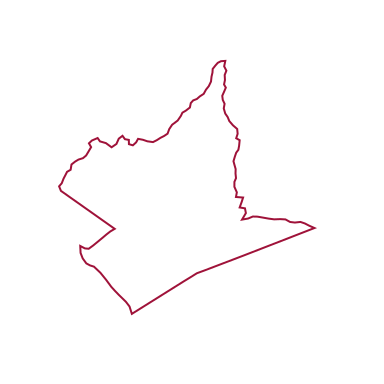 outline of São João do Sul, Santa Catarina, Brazil, rotated 109°
{"feature_id": "56859067B43932485433682", "entity_name": "São João do Sul", "entity_type": "district", "adm_level": 2, "iso_a3": "BRA", "parent_name": "Brazil", "parent_adm1": "Santa Catarina", "projection": "albers", "projection_center": [-49.843, -29.193], "detail": "fine", "context": "isolated", "style": "outline", "palette": "rose", "viewbox_px": 384, "rotation_deg": 109, "n_neighbors": 0, "source": "geoboundaries", "source_scale": "gbopen_adm2", "svg_char_len": 1779}
<svg xmlns="http://www.w3.org/2000/svg" viewBox="0 0 384 384"><g transform="rotate(109 192 192)"><path d="M187.5,94.7L188.9,99.7L191.1,105.4L192.2,110.8L193.0,115.9L194.0,122.1L195.4,126.5L198.8,130.3L201.8,135.7L194.4,134.2L190.2,136.6L191.1,141.9L185.5,141.8L180.6,141.9L182.4,148.8L177.7,149.5L173.3,153.6L168.6,155.2L164.6,154.9L160.3,156.9L156.1,158.2L152.5,160.7L149.4,162.8L144.5,163.0L140.4,163.0L137.0,161.9L133.0,162.5L127.5,163.8L126.8,167.7L122.1,167.8L117.7,169.8L115.6,175.0L112.8,179.8L109.5,182.7L107.0,186.1L102.6,189.2L98.0,189.9L94.9,192.9L91.2,194.7L86.5,194.3L82.3,194.0L79.9,196.7L75.4,197.3L70.7,199.2L66.1,199.0L62.7,202.5L57.2,203.2L58.9,207.2L61.5,209.7L64.9,211.1L68.9,212.5L72.5,211.5L76.5,211.1L81.4,210.0L86.5,210.6L90.7,212.1L95.4,212.9L99.0,215.7L102.5,217.7L105.0,220.7L108.3,222.1L112.8,221.5L117.2,224.4L120.1,226.9L123.7,227.3L129.1,228.8L134.9,232.7L139.9,234.0L144.8,234.1L148.1,236.6L151.0,239.4L154.4,242.1L157.5,245.1L158.6,250.7L158.6,255.4L159.3,260.3L163.3,261.0L167.1,263.1L167.3,267.2L163.3,268.7L163.9,272.6L161.5,276.0L165.4,278.6L171.2,279.1L175.9,282.6L173.8,289.3L174.1,295.5L171.7,298.8L175.9,303.4L179.5,305.3L182.4,302.0L188.3,303.2L192.0,304.0L195.5,306.1L198.3,309.9L201.3,312.4L205.2,314.9L210.5,314.0L213.6,316.7L217.2,317.2L221.2,317.8L226.1,318.0L229.9,319.5L233.6,316.3L252.0,253.1L255.9,256.4L259.9,259.0L263.6,261.2L274.7,268.0L279.3,271.2L280.2,274.9L279.4,280.1L285.9,277.5L290.4,273.7L293.9,268.7L294.6,264.6L294.5,260.4L298.2,252.3L303.0,244.6L307.9,237.5L310.6,232.6L313.1,227.7L317.3,218.8L320.6,213.8L326.8,209.2L279.4,170.9L273.6,166.1L267.2,160.9L261.9,154.4L235.0,122.2L186.2,64.5L185.7,70.3L185.0,75.0L185.0,79.7L187.4,84.8L188.4,89.5L187.5,94.7Z" fill="none" stroke="#9f1239" stroke-width="2"/></g></svg>